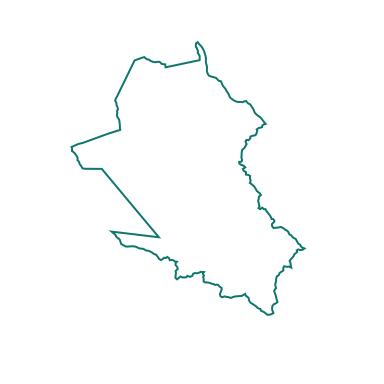 Irauçuba, Ceará, Brazil, rotated 337°
{"feature_id": "56859067B61875924622713", "entity_name": "Irauçuba", "entity_type": "district", "adm_level": 2, "iso_a3": "BRA", "parent_name": "Brazil", "parent_adm1": "Ceará", "projection": "orthographic", "projection_center": [-39.789, -3.889], "detail": "fine", "context": "isolated", "style": "outline", "palette": "teal", "viewbox_px": 384, "rotation_deg": 337, "n_neighbors": 0, "source": "geoboundaries", "source_scale": "gbopen_adm2", "svg_char_len": 4387}
<svg xmlns="http://www.w3.org/2000/svg" viewBox="0 0 384 384"><g transform="rotate(337 192 192)"><path d="M273.5,287.9L271.6,286.0L271.0,284.4L271.0,282.8L269.7,281.2L269.3,278.4L269.1,275.7L267.5,273.9L266.8,272.1L266.3,270.4L265.1,269.2L265.1,267.3L264.9,265.9L264.2,264.5L263.0,263.1L262.4,261.7L261.4,260.4L260.1,258.9L257.4,258.4L255.0,257.6L253.0,257.0L252.4,254.8L252.9,252.9L254.3,252.2L255.8,251.8L256.6,250.6L256.2,248.7L254.7,247.9L254.8,245.4L254.2,242.6L253.7,240.6L253.2,239.2L252.9,236.5L251.4,235.8L250.6,233.9L248.0,234.4L246.9,232.8L248.4,231.9L248.8,229.6L249.2,227.6L249.4,226.0L250.8,224.3L251.6,222.7L252.9,222.1L254.3,221.7L254.0,219.9L252.1,216.5L251.8,213.5L251.4,211.2L250.2,208.6L248.8,206.2L250.3,204.7L250.7,202.1L251.8,199.9L250.7,198.5L248.5,197.0L249.4,194.7L247.8,192.5L247.8,190.7L250.7,190.1L249.8,187.9L248.0,186.4L246.7,184.3L247.2,182.7L249.4,183.4L250.6,182.3L250.9,179.8L252.2,177.1L253.2,175.0L254.7,172.8L257.4,172.0L261.0,169.2L261.0,166.5L262.4,165.3L264.2,166.4L266.6,165.5L267.4,163.8L269.5,163.9L272.5,164.5L273.7,163.8L276.0,161.2L276.0,159.7L278.3,159.1L280.2,159.5L281.8,159.7L282.8,158.2L284.2,157.9L286.4,158.1L285.9,156.7L285.6,155.3L285.0,153.1L284.5,151.1L283.6,149.0L282.4,147.4L281.6,145.7L280.9,143.9L280.7,142.0L280.9,140.0L280.5,137.8L280.1,135.8L279.7,133.9L278.4,132.6L277.8,131.0L277.3,129.3L275.4,129.0L273.7,129.1L271.5,127.9L269.5,127.1L268.3,126.2L267.0,124.9L265.9,123.4L265.0,121.8L264.2,120.4L263.9,118.9L263.9,117.0L263.8,114.9L263.3,112.9L263.2,110.5L262.4,107.9L261.9,106.1L261.9,104.2L261.9,101.4L260.0,100.0L259.4,98.2L258.7,96.4L256.8,94.7L254.8,93.3L253.0,91.4L252.7,89.5L252.9,86.8L253.4,85.3L254.4,83.5L255.0,81.1L255.2,79.2L255.8,77.0L256.9,74.8L257.6,72.5L257.7,70.9L258.0,68.6L258.2,66.5L257.9,64.3L257.8,62.8L257.3,61.2L256.7,59.5L256.2,58.1L255.8,56.3L253.9,56.7L252.8,58.5L252.3,60.0L252.7,61.7L252.5,63.2L252.6,64.8L251.6,66.1L252.0,67.8L252.2,69.5L251.5,71.6L250.5,73.6L216.4,66.9L217.2,64.0L215.5,63.1L214.0,62.1L213.7,60.7L212.7,59.4L211.2,58.7L209.1,58.3L207.0,57.0L204.8,54.8L204.1,53.3L202.7,52.5L201.8,51.3L200.8,49.2L197.8,48.8L190.5,48.5L160.3,74.8L158.5,76.1L156.9,78.1L157.2,80.3L156.5,82.8L156.6,85.1L156.2,86.9L154.6,88.1L154.4,89.5L153.5,91.0L152.8,92.2L152.7,94.4L153.2,97.0L152.6,99.3L152.0,101.3L151.3,103.3L150.7,104.8L150.2,106.8L138.2,105.6L123.2,104.8L110.3,104.1L106.2,103.4L98.7,103.5L98.5,105.3L97.6,107.3L98.5,109.0L99.3,110.9L99.7,113.0L100.1,114.9L99.9,116.4L99.0,117.9L99.8,120.0L99.5,122.2L99.9,123.7L100.2,125.6L100.5,127.4L101.9,128.5L118.0,135.5L120.6,144.1L130.6,177.2L143.8,220.7L102.6,197.1L103.7,199.3L104.8,201.5L104.7,203.3L105.4,204.8L106.4,206.5L106.9,207.9L106.7,209.9L106.5,212.2L108.4,214.7L109.5,216.1L111.4,217.1L113.9,217.9L116.3,218.8L118.1,219.9L119.2,220.7L121.3,223.2L125.0,225.3L126.7,227.7L129.5,229.5L131.7,232.2L132.9,234.4L134.4,235.5L135.4,239.2L135.5,240.7L136.8,242.5L138.7,242.3L140.8,241.6L142.3,242.6L143.9,242.1L145.0,243.9L144.9,246.1L147.2,246.8L148.4,247.9L149.1,249.3L150.8,250.3L149.3,251.0L148.3,252.6L149.1,255.2L148.8,257.3L146.1,258.3L145.4,260.7L143.9,263.2L143.2,264.7L144.2,266.6L146.2,265.9L148.4,265.3L149.9,267.0L153.4,268.3L154.9,267.4L157.0,269.3L159.5,269.3L161.1,267.7L162.8,267.7L164.3,268.5L165.7,269.0L169.1,269.0L171.7,270.4L170.0,271.5L170.3,273.8L169.0,274.6L168.8,276.6L167.7,278.9L168.8,280.4L170.5,281.1L171.8,281.9L173.2,282.8L174.2,284.1L175.6,284.9L176.9,286.5L178.4,286.9L179.8,287.8L180.5,290.0L181.7,291.8L181.3,293.3L178.6,296.0L177.6,297.5L177.5,299.2L178.6,300.6L181.4,300.9L182.9,302.2L184.6,303.1L186.4,304.7L189.0,304.7L191.3,305.1L197.2,307.1L199.0,306.9L201.2,306.6L201.0,308.6L202.0,310.1L202.7,311.7L202.2,313.7L202.3,315.6L202.8,317.1L203.8,318.4L205.1,320.4L206.4,322.4L207.0,324.2L207.9,325.4L209.3,326.4L209.1,328.2L211.3,330.6L212.4,332.6L213.5,334.6L216.5,335.5L219.6,335.3L219.8,331.7L220.6,329.6L221.7,328.2L223.4,327.3L225.4,327.3L227.7,326.7L228.0,323.9L228.3,322.0L228.7,319.3L228.8,317.1L228.9,315.2L230.2,314.1L231.8,313.3L232.0,311.3L232.7,309.1L234.4,307.3L235.3,305.2L237.0,302.9L239.4,302.4L241.2,300.7L245.4,300.0L246.4,297.4L247.9,296.4L250.4,298.1L252.1,298.5L253.8,300.4L254.2,298.3L255.0,295.3L255.0,293.5L258.2,291.9L260.4,290.8L261.7,289.4L265.2,288.4L265.6,286.7L267.2,286.3L269.1,287.8L271.3,288.4L273.5,287.9Z" fill="none" stroke="#0f766e" stroke-width="2"/></g></svg>